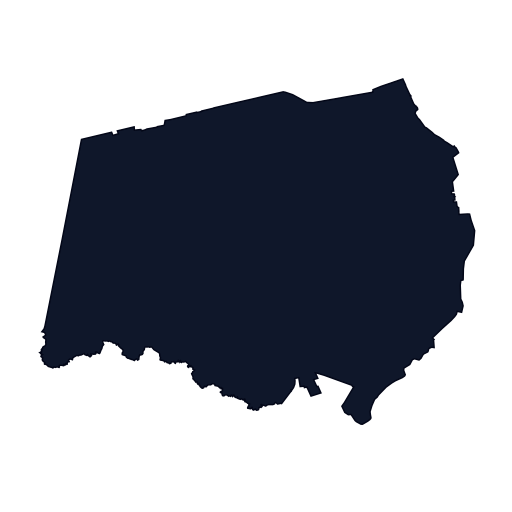 outline of Staphorst, Overijssel, Netherlands, rotated 178°
{"feature_id": "6326949B79471435364663", "entity_name": "Staphorst", "entity_type": "district", "adm_level": 2, "iso_a3": "NLD", "parent_name": "Netherlands", "parent_adm1": "Overijssel", "projection": "orthographic", "projection_center": [6.228, 52.637], "detail": "fine", "context": "isolated", "style": "filled", "palette": "ink", "viewbox_px": 512, "rotation_deg": 178, "n_neighbors": 0, "source": "geoboundaries", "source_scale": "gbopen_adm2", "svg_char_len": 6059}
<svg xmlns="http://www.w3.org/2000/svg" viewBox="0 0 512 512"><g transform="rotate(178 256 256)"><path d="M155.4,84.2L150.0,87.1L147.9,88.6L147.0,89.6L146.8,90.5L147.2,93.2L147.5,96.4L145.4,102.5L142.5,108.6L139.8,110.8L138.5,112.8L130.5,120.5L124.6,124.5L121.0,126.5L114.0,129.4L111.7,130.9L111.0,132.1L112.4,136.4L112.3,138.0L112.0,138.9L106.1,142.2L103.4,146.9L101.2,147.8L96.7,146.4L94.7,148.0L92.6,151.5L91.8,152.3L87.7,154.2L87.2,155.2L86.8,156.7L86.4,157.6L83.6,158.7L81.2,158.3L81.5,165.9L81.0,166.3L82.6,168.0L72.5,177.1L63.3,184.8L59.6,188.5L57.8,190.8L56.9,193.7L52.5,192.6L50.8,198.9L51.5,202.6L52.9,205.8L52.9,219.7L52.3,223.6L52.1,224.5L50.0,224.8L49.8,225.4L49.2,236.0L48.0,243.7L38.4,259.2L36.6,273.7L39.8,284.2L41.1,290.4L42.8,290.6L51.6,290.4L51.9,293.9L51.7,293.9L51.8,297.3L52.9,297.9L53.4,298.9L53.8,303.0L56.7,303.0L56.9,305.0L55.3,305.1L55.4,307.8L55.2,308.1L55.9,308.1L56.1,308.5L55.5,309.6L55.5,310.2L55.8,311.1L58.3,311.2L58.5,313.9L56.2,314.0L57.2,323.7L56.5,324.1L51.1,330.3L55.9,347.8L49.9,352.1L50.2,353.0L52.3,357.1L53.6,358.1L54.1,359.0L55.1,358.2L61.2,362.6L63.9,364.2L64.4,365.1L68.6,368.2L73.5,371.1L75.7,373.4L81.2,378.1L82.7,378.8L87.9,386.6L89.4,388.1L92.1,393.0L91.2,395.3L89.3,396.7L89.4,398.1L89.9,399.1L90.7,399.6L90.8,400.2L91.5,400.5L93.1,402.5L96.3,410.6L95.7,410.7L96.8,412.2L100.3,420.4L100.6,421.8L103.1,427.8L125.2,421.1L131.7,418.7L133.3,418.1L133.2,416.8L133.7,416.2L133.6,415.6L193.7,407.2L199.9,407.7L213.7,415.9L220.9,418.6L223.1,419.1L292.8,405.5L292.8,405.3L305.1,402.8L305.0,402.5L307.7,401.8L310.3,401.5L310.4,401.8L320.7,399.8L320.9,398.5L336.5,395.3L342.1,394.6L343.0,390.4L343.6,389.7L350.1,388.7L350.9,388.1L360.7,386.7L362.1,386.0L365.5,385.1L365.5,385.4L366.9,386.2L366.9,386.4L373.1,386.0L373.3,389.3L390.2,385.9L389.2,383.0L394.8,381.5L396.0,384.7L426.3,378.6L448.9,280.3L469.4,193.2L470.3,190.6L472.6,187.8L469.9,187.0L469.0,184.7L469.2,184.0L471.6,182.5L471.3,181.9L469.8,180.9L468.8,179.8L469.2,177.3L469.0,175.0L470.2,173.3L471.5,172.9L472.3,172.2L472.5,171.3L473.2,170.7L473.2,169.7L473.8,169.6L473.5,168.2L474.3,167.7L474.0,167.1L475.4,167.0L474.1,165.5L472.9,165.0L474.0,164.2L474.4,163.0L472.8,161.8L473.2,159.8L473.0,159.1L472.1,157.9L470.8,157.1L471.2,155.6L471.1,155.3L470.2,155.2L469.0,154.6L467.4,152.9L463.5,151.6L462.9,151.2L461.8,152.1L460.3,151.7L458.6,152.2L456.7,151.5L456.4,151.9L456.5,153.1L456.2,153.6L454.3,153.6L452.0,153.1L451.7,153.3L452.0,154.2L451.9,154.4L450.4,153.8L449.7,154.2L450.1,154.9L450.0,155.1L448.5,154.6L448.3,156.6L446.4,156.9L446.5,157.3L447.1,158.0L446.9,158.8L445.4,159.6L443.1,158.8L442.7,160.4L442.0,161.1L438.7,162.9L436.8,162.5L435.9,163.2L434.5,163.1L431.1,164.5L430.5,163.4L428.7,162.6L428.3,162.6L427.7,163.4L427.3,162.5L425.4,161.0L423.9,162.2L424.7,163.6L424.6,164.0L422.0,163.5L419.9,163.6L419.3,164.2L419.8,165.6L419.6,165.8L418.5,165.8L417.7,164.8L415.9,164.0L415.4,164.5L414.3,167.2L413.3,168.9L412.7,171.2L411.3,172.8L412.1,174.8L412.3,176.2L411.7,176.7L409.2,176.3L407.8,176.4L406.4,175.8L405.2,176.3L404.2,175.5L402.8,175.2L401.8,174.0L399.6,173.8L399.0,173.2L398.8,172.1L398.5,171.8L397.7,172.1L396.9,173.1L396.1,172.2L396.4,170.9L394.5,168.9L392.3,167.1L392.1,165.2L393.0,163.9L393.2,162.5L393.0,162.1L389.7,160.9L389.4,160.7L389.1,159.5L387.9,158.4L386.8,158.2L386.0,157.7L384.9,157.6L384.6,157.1L383.1,156.8L381.2,155.8L380.3,156.7L378.8,157.4L378.2,156.9L378.2,156.4L378.0,156.1L376.8,156.7L376.4,159.5L375.7,161.3L374.8,161.1L373.1,161.6L372.4,162.6L372.4,164.5L370.9,166.4L370.6,168.0L370.0,168.9L369.1,169.2L368.2,168.8L367.0,169.1L365.2,168.5L364.1,169.0L363.1,168.4L361.3,166.0L356.1,162.6L355.7,161.5L355.6,159.5L355.0,157.7L355.5,155.8L355.3,155.4L351.8,154.6L351.0,153.4L349.5,153.9L348.5,152.5L347.1,152.3L346.2,151.4L344.8,151.8L344.4,153.0L344.1,153.3L343.1,153.1L341.7,153.4L341.5,152.8L341.0,152.0L340.3,151.6L339.8,153.0L338.2,153.0L337.5,154.1L337.1,153.1L336.0,153.6L335.8,152.6L335.6,152.8L335.4,154.0L335.1,154.1L334.6,152.5L334.2,152.2L333.3,152.9L332.4,152.6L330.8,152.8L330.1,153.2L328.5,151.5L327.7,151.0L326.9,149.7L326.9,149.4L328.1,148.6L328.2,148.0L328.0,147.5L327.3,147.1L327.1,147.9L326.2,147.8L325.9,148.5L324.9,148.6L324.8,147.5L323.7,147.3L323.0,146.8L323.0,145.0L321.3,144.2L322.0,143.2L323.2,142.6L323.6,141.3L324.4,140.9L324.2,139.9L323.3,138.0L323.1,136.5L323.3,135.5L322.3,134.8L321.9,133.8L321.1,133.1L320.6,132.1L319.2,132.2L319.2,131.1L318.7,130.1L317.6,130.6L317.6,129.3L316.8,128.7L316.4,127.5L314.7,125.9L314.2,125.7L313.0,126.1L312.1,127.6L310.5,127.0L308.5,128.9L305.7,128.9L303.9,130.0L302.1,129.5L301.6,129.1L301.5,128.0L298.4,127.2L296.5,125.3L295.5,125.8L295.1,125.5L295.3,125.2L295.3,124.5L294.1,124.7L294.0,124.1L294.3,122.3L295.7,121.8L296.4,121.2L295.9,120.6L294.9,120.4L294.6,118.3L293.9,117.4L292.8,117.4L292.0,118.2L290.1,118.3L288.1,116.8L287.4,117.3L286.4,116.7L286.1,117.5L285.6,117.9L284.5,116.5L283.9,117.8L283.4,118.0L282.6,117.5L282.9,116.7L282.5,116.2L280.6,115.0L279.5,115.7L279.2,114.4L276.7,113.3L275.3,113.9L274.7,113.0L273.1,112.4L272.8,113.4L272.1,113.3L271.9,113.1L271.8,111.9L272.2,110.9L270.5,110.2L269.4,109.1L267.6,108.5L267.6,108.2L268.3,107.8L268.3,106.5L268.9,106.2L269.6,104.8L269.6,104.2L266.9,103.5L265.3,104.9L265.1,104.7L265.2,103.5L264.3,102.3L263.6,102.1L263.2,102.7L261.7,103.0L261.4,102.2L260.6,101.8L258.9,102.3L258.2,104.4L257.1,104.9L256.3,104.5L255.2,105.4L255.1,105.8L256.2,106.9L256.2,107.3L256.0,107.5L251.5,105.7L250.1,106.7L248.6,107.1L244.4,106.9L242.6,107.6L242.3,108.4L241.8,109.0L241.1,108.8L239.6,107.3L236.5,107.9L235.6,107.6L226.2,119.1L225.7,119.4L225.3,120.0L225.6,121.1L224.7,121.0L223.1,123.2L221.7,126.6L221.4,129.8L221.6,132.3L217.5,133.0L216.4,124.0L212.5,124.2L212.2,122.8L210.2,123.3L210.1,123.0L209.6,123.1L205.9,114.1L195.9,116.9L198.6,123.6L199.8,123.4L202.8,130.5L198.5,131.6L200.8,137.2L199.0,136.8L192.1,134.5L164.7,123.5L164.1,122.3L162.9,121.7L172.8,106.3L175.4,102.9L172.7,96.6L169.3,94.2L166.5,94.3L162.7,88.1L161.4,86.9L157.0,84.3L155.4,84.2Z" fill="#0f172a" stroke="#020617" stroke-width="1.5"/></g></svg>